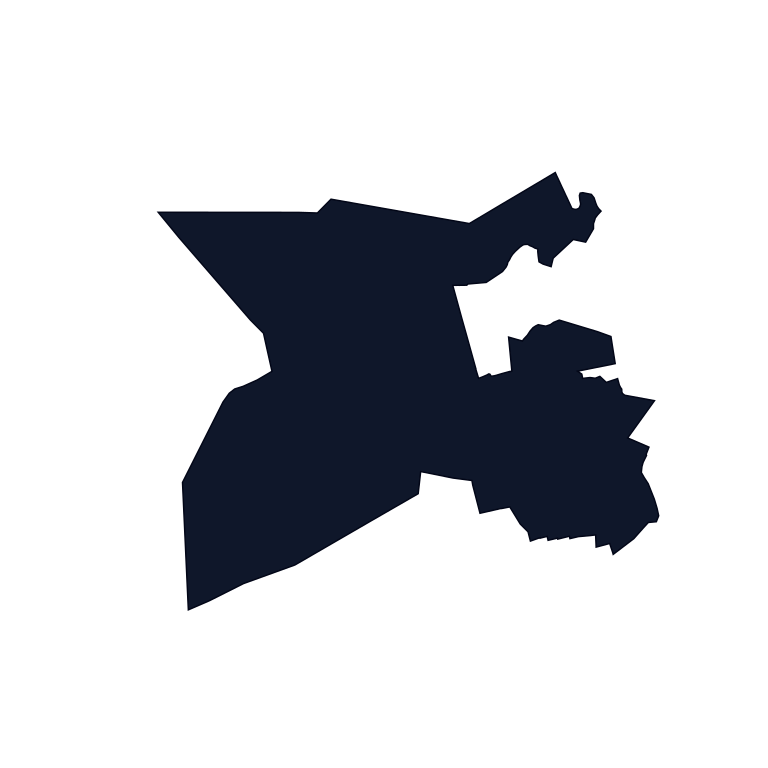 outline of Magdalena Apasco, Oaxaca, Mexico, rotated 248°
{"feature_id": "50627088B71310669163149", "entity_name": "Magdalena Apasco", "entity_type": "district", "adm_level": 2, "iso_a3": "MEX", "parent_name": "Mexico", "parent_adm1": "Oaxaca", "projection": "orthographic", "projection_center": [-96.817, 17.249], "detail": "fine", "context": "isolated", "style": "filled", "palette": "ink", "viewbox_px": 768, "rotation_deg": 248, "n_neighbors": 0, "source": "geoboundaries", "source_scale": "gbopen_adm2", "svg_char_len": 2679}
<svg xmlns="http://www.w3.org/2000/svg" viewBox="0 0 768 768"><g transform="rotate(248 384 384)"><path d="M627.8,239.0L596.8,248.7L493.4,284.1L476.2,291.3L460.7,288.7L437.7,284.9L435.2,267.9L434.6,252.5L435.3,243.7L433.4,237.1L427.6,228.0L368.2,160.3L247.9,118.0L248.5,141.2L251.6,178.9L249.6,233.7L261.9,320.2L269.5,374.6L289.1,385.2L271.0,412.7L261.6,429.4L257.0,428.4L228.2,424.6L225.8,439.5L225.5,441.4L225.3,442.3L225.2,443.2L225.1,444.0L225.0,444.9L224.5,446.4L222.9,454.6L203.1,457.9L193.0,462.2L183.5,460.9L183.1,471.1L182.6,471.0L181.6,478.2L177.6,477.6L176.1,487.2L175.1,487.0L173.4,498.9L171.0,498.5L169.7,507.0L166.2,518.5L164.8,523.7L153.3,519.6L151.6,533.5L141.8,532.9L140.2,532.7L147.0,557.6L153.3,570.3L156.6,577.2L154.3,584.9L158.9,589.3L166.4,590.6L176.0,591.5L192.6,591.6L199.8,590.2L205.5,589.4L210.8,592.2L214.3,594.9L219.5,600.7L220.6,600.7L226.2,606.0L242.7,589.7L267.2,628.5L283.4,603.0L286.0,601.5L287.7,601.6L290.2,602.5L292.2,602.0L294.8,601.8L300.8,602.5L301.5,602.6L301.6,600.2L301.8,597.7L302.2,590.7L310.2,587.0L310.2,582.0L311.3,580.1L312.0,578.9L312.8,577.4L314.2,572.4L314.8,570.2L316.4,570.6L319.1,571.1L321.7,569.3L323.4,568.2L316.3,606.0L333.6,610.0L343.0,612.2L352.5,601.6L377.6,570.4L377.6,564.4L376.7,560.6L377.0,555.7L378.7,553.0L381.2,549.2L381.0,546.3L380.4,543.3L378.4,539.4L375.5,535.2L373.2,530.2L372.0,528.5L372.5,527.8L374.3,525.5L374.9,524.7L375.5,523.9L380.8,517.1L348.1,507.4L348.3,505.3L348.5,505.3L349.5,496.9L350.0,491.4L350.3,489.3L350.8,487.2L351.0,486.3L352.7,486.0L353.5,485.8L354.1,484.9L353.8,482.7L353.7,478.3L353.7,477.7L353.8,473.8L363.8,474.7L363.8,474.9L391.2,478.0L401.9,479.2L415.5,480.7L449.7,484.7L449.0,486.5L447.9,489.4L447.1,491.3L447.1,491.5L445.9,494.4L444.6,497.8L445.3,499.2L439.9,516.8L443.9,536.0L446.7,541.0L448.5,543.0L450.5,544.4L452.2,546.9L454.1,549.0L456.0,551.7L457.8,555.4L458.7,557.8L460.0,561.2L460.7,564.1L460.9,565.6L460.5,567.2L459.6,569.7L457.7,571.0L455.7,573.1L453.4,574.9L452.1,576.5L451.5,577.2L449.2,576.2L445.2,575.0L442.9,574.4L439.2,573.5L435.6,576.4L430.2,582.9L433.3,585.1L437.3,588.0L447.1,613.6L440.0,624.1L449.5,636.4L454.2,638.3L457.6,641.2L458.0,641.4L458.8,642.1L460.8,645.4L463.0,650.0L466.2,648.7L469.1,648.1L472.4,648.1L477.9,648.5L482.1,647.3L486.9,640.0L487.5,637.4L485.6,635.8L483.2,635.1L481.1,634.5L478.8,634.1L477.1,633.7L475.2,632.2L473.8,630.3L473.9,627.5L474.9,625.7L476.3,624.0L488.4,623.4L491.2,623.2L493.8,623.1L497.5,622.9L500.7,622.7L503.2,622.6L509.4,622.3L512.3,622.1L515.9,622.0L511.5,593.3L509.2,578.3L506.4,559.6L503.4,540.3L500.8,523.2L575.2,404.1L567.5,386.3L575.3,368.6L627.8,239.0Z" fill="#0f172a" stroke="#020617" stroke-width="1.5"/></g></svg>